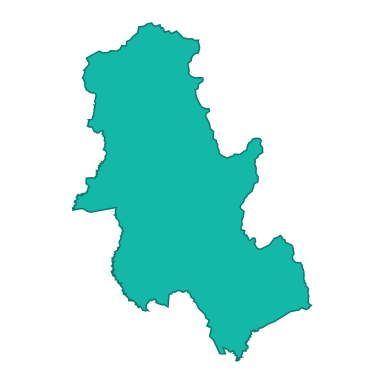 Khao Chamao, Rayong, Thailand
{"feature_id": "78962969B50425492619761", "entity_name": "Khao Chamao", "entity_type": "district", "adm_level": 2, "iso_a3": "THA", "parent_name": "Thailand", "parent_adm1": "Rayong", "projection": "orthographic", "projection_center": [101.654, 12.997], "detail": "fine", "context": "isolated", "style": "filled", "palette": "teal", "viewbox_px": 384, "rotation_deg": 0, "n_neighbors": 0, "source": "geoboundaries", "source_scale": "gbopen_adm2", "svg_char_len": 5958}
<svg xmlns="http://www.w3.org/2000/svg" viewBox="0 0 384 384"><path d="M82.5,78.0L83.6,79.0L83.9,80.7L84.8,81.5L85.0,86.3L86.3,89.8L91.2,92.9L94.3,92.8L95.4,93.7L96.2,95.6L94.7,101.6L95.6,103.6L95.2,105.1L94.3,105.1L95.0,107.2L94.0,109.2L94.4,110.4L93.5,113.9L93.8,115.8L92.9,116.2L92.4,118.6L91.4,119.6L88.3,119.8L88.9,120.9L88.0,123.8L88.4,124.2L87.4,126.0L89.6,127.1L92.2,127.0L94.1,131.3L94.5,131.8L95.4,131.5L96.5,132.8L98.1,133.0L101.4,130.8L103.3,131.3L102.2,134.0L103.4,134.8L103.3,136.2L104.3,136.3L104.7,137.1L104.3,141.1L105.2,141.7L105.7,143.4L104.8,144.0L105.1,146.3L103.4,149.6L106.2,151.3L106.6,154.3L105.1,156.5L105.4,159.2L104.4,159.8L102.7,162.9L101.8,162.0L102.0,163.2L101.0,163.8L101.1,163.3L100.2,163.5L100.1,165.7L98.9,165.6L99.0,166.9L99.6,166.9L98.4,167.7L99.1,169.2L97.9,170.6L96.9,170.5L97.1,171.2L96.6,171.1L97.3,172.5L97.0,173.9L96.4,173.5L96.5,175.5L95.8,176.4L96.2,176.6L95.2,177.1L95.1,178.2L90.5,177.8L86.3,178.3L86.0,183.7L86.9,183.9L89.6,187.0L88.0,188.1L87.8,190.8L87.0,191.1L86.9,192.3L86.3,192.3L85.7,193.4L83.6,193.5L83.2,194.2L82.9,193.5L82.3,193.6L82.5,194.7L81.3,194.5L81.9,195.3L81.3,195.9L79.3,195.2L78.7,194.6L79.2,194.2L77.1,195.4L77.5,196.5L76.3,197.3L77.7,199.2L74.3,201.3L74.8,202.5L76.0,202.5L76.2,204.8L74.2,205.3L74.1,206.0L74.8,206.4L74.0,207.4L74.4,208.4L73.4,208.8L72.7,208.2L72.9,210.1L80.8,208.6L83.7,208.9L86.8,211.0L90.5,212.2L116.1,207.5L115.3,211.6L116.0,214.8L115.4,214.7L115.7,215.8L115.1,215.6L116.1,216.7L115.9,218.0L116.8,218.4L119.6,222.6L119.1,225.3L121.6,227.9L122.4,227.6L122.0,228.4L123.0,231.4L122.2,231.7L122.4,232.8L123.0,232.8L121.8,233.3L121.8,235.2L120.6,236.0L121.2,236.3L120.5,239.7L119.3,241.2L119.3,243.7L120.3,245.0L119.9,245.9L119.2,247.5L118.4,247.4L118.3,248.5L117.7,248.2L117.8,249.9L114.7,251.9L115.5,253.5L114.2,254.7L114.8,256.4L113.4,257.0L113.2,258.2L112.3,258.2L113.4,259.3L112.1,260.0L112.2,261.8L114.1,261.9L112.7,263.1L113.2,264.6L112.5,264.7L111.7,266.3L113.2,266.4L112.9,268.1L114.2,269.2L112.7,269.9L113.3,271.4L111.7,271.1L111.4,271.7L111.9,272.6L112.6,272.3L112.1,273.3L113.3,273.5L112.7,275.3L114.2,275.0L113.8,275.8L115.1,276.0L114.6,276.6L116.0,278.8L115.5,279.7L117.4,280.1L118.1,281.0L117.7,281.6L118.5,281.6L118.3,282.4L120.0,283.2L118.6,283.3L119.0,283.8L121.2,283.4L120.4,284.2L121.2,285.5L120.6,285.6L123.3,288.4L122.1,290.4L123.8,291.2L123.9,291.8L123.2,291.8L123.5,292.9L124.3,293.2L123.5,293.9L124.7,294.7L125.5,294.3L124.4,293.5L126.3,294.0L125.8,295.5L128.7,298.4L128.9,300.5L129.6,300.0L130.0,300.7L131.1,299.4L132.0,300.9L132.4,300.3L133.2,300.5L135.6,302.6L135.4,304.3L135.9,304.6L136.5,304.0L136.8,305.0L137.6,305.2L137.9,307.0L138.8,307.6L139.6,307.2L139.5,306.3L141.0,306.9L142.7,310.3L146.0,310.9L146.8,310.2L147.9,310.5L146.1,308.4L146.2,304.9L149.8,300.2L151.4,300.5L154.5,299.0L156.5,300.9L155.9,302.3L157.9,303.5L162.6,304.8L163.8,304.4L168.0,306.9L169.0,294.4L171.6,293.7L173.2,291.7L174.6,292.3L177.7,290.5L180.8,291.0L182.5,292.2L184.6,291.8L185.7,290.8L187.7,290.7L187.8,292.2L189.8,293.3L191.1,297.3L194.3,299.4L193.6,301.0L196.5,303.4L198.6,308.4L204.9,314.3L205.9,318.0L209.3,320.3L206.9,325.9L208.5,326.9L209.1,326.4L211.4,328.2L209.6,336.2L213.3,339.7L219.9,353.7L225.4,353.8L223.2,347.7L227.8,349.5L229.2,351.7L230.9,351.9L233.5,350.9L234.4,352.3L233.6,353.4L235.0,353.4L235.3,355.5L236.4,355.5L237.3,356.6L235.9,360.4L236.8,361.0L237.1,360.4L238.7,360.3L238.1,358.0L239.6,358.8L239.9,357.5L241.9,357.1L241.1,356.7L241.2,355.9L242.6,353.2L242.4,350.9L246.1,351.0L246.1,349.2L247.8,348.3L248.0,346.4L247.4,345.4L246.2,345.6L246.3,343.8L245.3,343.2L245.7,342.1L247.1,342.0L247.0,340.6L249.0,339.6L248.9,337.8L250.7,336.6L250.0,335.2L251.6,334.3L251.0,332.4L251.3,331.1L252.3,331.2L252.6,330.5L253.4,331.0L254.1,330.1L254.9,331.7L255.9,330.7L257.1,331.3L258.5,330.3L258.6,328.4L262.5,327.6L267.7,324.2L274.2,321.6L290.7,311.5L299.1,309.9L301.2,307.7L306.3,309.5L309.2,308.0L309.4,307.1L311.3,305.3L309.9,304.8L308.2,302.7L308.7,295.5L307.8,293.7L308.4,289.3L307.5,287.2L305.8,286.4L305.7,283.4L304.5,282.5L304.6,281.2L303.6,278.7L304.1,275.6L303.7,271.1L302.3,267.3L302.3,265.5L300.5,262.7L295.7,262.5L293.0,260.0L292.3,257.0L292.8,255.3L293.8,254.5L293.7,252.1L292.9,247.3L291.8,245.2L285.5,242.3L284.8,239.7L283.3,239.5L280.9,235.8L280.0,235.5L278.1,237.2L274.3,238.3L269.6,244.9L260.8,249.1L258.6,249.2L256.7,247.7L254.6,244.0L254.7,242.8L255.6,241.8L254.9,238.3L252.9,238.0L250.1,240.5L249.0,240.3L247.5,236.3L246.1,235.0L244.0,234.1L244.7,230.6L240.9,229.7L241.0,227.5L242.1,224.9L241.7,220.6L243.2,217.1L244.0,211.4L240.7,208.9L240.1,207.1L241.0,204.6L243.6,201.8L244.8,198.1L246.4,197.0L247.7,194.7L251.7,191.4L253.4,187.6L254.1,183.6L257.3,182.3L258.0,181.3L258.1,176.6L255.9,173.6L256.2,167.9L254.7,163.9L255.4,161.4L254.5,159.7L258.1,156.9L258.5,155.0L262.7,152.5L262.4,147.3L260.1,144.7L261.2,140.4L260.1,138.9L258.8,138.4L254.8,138.4L252.6,139.3L251.0,141.6L248.9,142.8L247.4,146.0L246.9,150.0L243.7,151.5L240.1,154.5L234.4,154.2L233.1,156.1L231.1,156.3L227.4,158.2L221.8,155.6L219.3,153.3L218.7,149.4L217.5,147.2L217.7,144.2L216.4,142.4L216.4,140.6L213.0,138.5L213.6,131.6L210.3,128.6L209.4,123.4L205.6,116.1L205.9,113.8L209.4,111.2L209.5,109.7L208.7,108.6L206.4,109.0L201.3,106.8L197.2,99.1L195.9,94.8L195.3,89.7L197.9,88.7L198.6,84.1L203.0,80.9L202.9,78.3L202.2,77.7L194.2,77.8L190.4,75.9L188.4,72.7L189.2,70.8L187.7,63.7L191.2,60.6L191.6,57.5L193.1,55.3L195.2,53.6L198.2,52.9L199.3,49.7L199.6,47.3L198.2,41.4L198.5,40.2L194.6,40.4L192.2,38.8L189.4,39.0L183.2,37.9L176.6,31.1L171.8,33.4L170.8,33.2L168.9,30.9L164.3,32.2L163.8,29.5L162.6,27.6L160.8,27.8L160.0,24.8L155.8,26.3L153.0,25.2L151.7,23.0L147.1,24.0L143.9,26.3L139.0,26.7L137.6,32.8L132.2,37.2L130.1,40.1L127.9,40.8L126.7,41.9L126.1,46.0L121.9,45.6L119.8,49.5L116.6,51.1L110.5,50.8L108.4,52.5L102.9,52.9L99.3,51.1L86.7,58.0L86.5,58.7L88.9,62.4L89.1,64.4L83.8,70.3L84.8,71.2L84.5,73.8L82.5,78.0Z" fill="#14b8a6" stroke="#0f766e" stroke-width="1.5"/></svg>